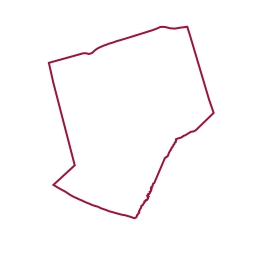 the district of Independencia, La Rioja, Argentina, rotated 251°
{"feature_id": "61730980B36977394728144", "entity_name": "Independencia", "entity_type": "district", "adm_level": 2, "iso_a3": "ARG", "parent_name": "Argentina", "parent_adm1": "La Rioja", "projection": "equal_earth", "projection_center": [-67.668, -30.094], "detail": "fine", "context": "isolated", "style": "outline", "palette": "rose", "viewbox_px": 256, "rotation_deg": 251, "n_neighbors": 0, "source": "geoboundaries", "source_scale": "gbopen_adm2", "svg_char_len": 4891}
<svg xmlns="http://www.w3.org/2000/svg" viewBox="0 0 256 256"><g transform="rotate(251 128 128)"><path d="M204.4,217.0L206.1,208.8L206.3,207.3L206.4,206.5L206.6,205.6L206.7,204.8L207.0,204.0L207.3,203.2L207.7,202.4L208.0,201.6L208.3,200.9L208.7,200.1L209.1,199.4L210.5,197.4L211.0,196.7L211.4,195.9L211.7,195.2L212.1,194.4L212.4,193.6L212.6,192.8L212.9,192.0L213.0,191.1L212.9,190.2L212.7,188.5L212.6,187.7L212.6,186.8L212.6,185.1L212.5,183.3L213.4,153.3L213.5,152.4L213.5,151.6L213.5,149.8L213.6,149.0L213.7,147.2L213.8,146.4L213.8,145.5L213.7,142.9L213.7,142.0L213.8,140.3L213.9,137.7L213.9,136.8L213.8,134.2L213.8,132.5L213.8,131.6L213.7,130.7L213.6,129.0L213.5,128.2L213.3,126.4L213.2,125.6L213.0,124.7L212.8,123.9L212.6,123.1L212.3,122.3L211.3,119.9L210.9,119.2L210.7,118.3L210.6,117.5L210.6,116.6L210.7,115.7L210.8,114.9L211.3,114.2L211.8,113.5L212.2,112.8L212.6,112.1L212.8,111.3L213.1,110.4L213.2,109.6L213.3,108.7L215.4,74.4L195.7,72.2L110.1,65.5L98.5,39.0L95.4,41.5L93.6,43.1L92.4,44.1L89.5,46.8L88.3,47.9L87.7,48.4L87.1,48.9L85.2,50.3L84.0,51.2L82.8,52.2L82.2,52.8L81.6,53.3L81.0,53.9L80.4,54.4L78.8,56.2L76.5,58.5L76.0,59.1L74.4,60.9L73.8,61.5L72.1,63.2L71.6,63.8L71.0,64.4L70.0,65.6L69.5,66.3L68.9,66.9L67.8,68.0L67.3,68.6L66.8,69.2L66.2,69.9L64.8,71.8L64.3,72.5L63.9,73.2L63.4,73.9L62.8,74.5L61.7,75.6L61.1,76.1L60.6,76.7L58.1,80.0L57.6,80.6L57.1,81.2L56.0,82.4L55.4,83.1L55.0,83.7L53.6,85.8L53.1,86.5L48.9,92.6L48.5,93.2L48.0,94.0L47.2,95.4L46.8,96.2L46.4,96.9L46.0,97.6L45.5,98.2L44.5,99.6L43.6,100.9L41.1,104.1L40.8,104.5L40.6,104.8L40.7,105.0L40.7,105.3L40.7,105.6L40.7,106.0L40.7,106.3L40.9,106.6L41.1,107.0L41.5,107.4L41.6,107.5L41.8,107.7L42.0,107.8L42.5,108.0L42.5,108.4L42.8,108.6L42.9,108.9L43.1,109.1L43.2,109.3L43.4,109.5L43.6,109.7L43.7,109.8L43.9,110.0L44.0,110.1L44.1,110.3L44.1,110.5L44.1,110.9L44.6,111.1L44.9,111.2L45.1,111.3L45.3,111.3L45.4,111.2L45.6,111.2L45.8,111.4L45.8,111.7L45.9,111.8L46.1,112.0L46.3,112.2L46.6,112.4L46.9,112.6L47.4,113.0L47.6,113.4L47.7,113.6L47.9,113.9L48.1,114.1L48.3,114.3L48.5,114.4L48.7,114.5L48.9,114.7L49.1,114.9L49.3,115.0L49.8,115.1L50.0,115.2L50.1,115.5L50.0,115.9L50.1,116.2L50.2,116.4L50.4,116.9L50.5,116.9L50.6,117.1L50.8,117.3L51.1,117.6L51.4,118.1L51.5,118.3L51.6,118.5L51.9,118.9L52.2,119.0L52.4,119.1L52.6,119.2L52.6,119.4L53.1,119.5L53.3,119.7L53.3,119.8L53.2,119.9L53.0,120.0L53.0,120.4L53.0,120.6L53.5,120.9L53.9,121.2L54.0,121.3L54.1,121.6L54.0,121.8L53.9,122.0L53.7,122.4L53.8,122.6L54.0,122.8L54.2,123.0L54.3,123.1L54.5,123.2L54.6,123.4L54.6,123.6L54.8,123.7L54.8,124.0L55.0,124.2L55.3,124.3L55.5,124.3L55.8,124.4L55.8,124.5L56.0,124.7L56.0,124.8L56.2,125.0L56.4,125.1L56.5,125.3L56.8,125.2L57.0,124.9L56.9,124.8L56.9,124.6L56.8,124.4L56.7,124.1L56.8,124.0L57.1,124.1L57.3,124.1L57.8,124.2L57.9,124.3L58.0,124.3L58.2,124.7L58.3,124.8L58.4,125.0L58.6,125.1L58.8,125.2L58.9,125.5L58.8,125.8L58.6,126.1L58.6,126.3L58.8,126.4L59.1,126.4L59.1,126.6L59.1,127.0L59.2,127.3L59.3,127.4L59.4,127.5L59.6,127.6L59.7,127.8L59.8,127.9L60.1,127.9L60.2,128.1L60.3,128.4L60.5,128.5L60.7,128.4L60.8,128.3L60.9,128.6L60.9,128.8L61.0,129.1L61.0,129.3L61.2,129.5L61.6,129.6L61.8,129.8L62.0,129.8L62.3,129.8L62.4,129.7L62.5,129.7L63.0,129.8L63.0,130.0L62.8,130.3L63.2,130.6L63.3,130.9L63.6,131.0L63.9,130.9L64.1,130.6L64.3,130.5L64.7,131.0L64.8,131.2L64.9,131.6L64.9,132.0L65.1,132.2L65.3,132.5L65.6,132.7L65.8,132.8L66.3,132.9L66.6,133.1L66.9,133.3L67.2,133.7L67.3,134.4L67.4,134.9L87.2,152.8L87.3,152.8L87.4,153.0L87.5,153.2L87.6,153.4L87.7,153.5L87.8,153.8L88.0,154.3L87.9,154.7L88.0,154.8L88.1,155.4L88.3,155.7L88.4,155.9L88.4,156.1L88.6,156.5L88.9,156.6L89.0,156.8L89.2,157.2L89.4,157.3L89.5,157.3L89.7,157.5L90.0,157.7L90.1,157.8L90.4,158.0L90.6,158.1L90.8,158.3L91.3,158.7L91.4,158.9L91.5,159.0L91.8,159.3L91.9,159.5L92.2,159.8L92.3,159.9L92.5,160.1L92.9,160.5L93.0,160.9L93.1,161.1L93.6,161.4L93.7,161.6L93.9,161.8L94.2,162.0L94.4,162.2L94.5,162.4L94.7,162.5L94.8,162.7L95.1,162.8L95.3,163.1L95.3,163.3L95.3,163.5L95.5,163.8L95.6,164.0L95.8,164.2L95.9,164.3L96.1,164.4L96.3,164.5L96.5,165.0L96.9,165.2L97.0,165.3L97.2,165.5L97.3,165.6L97.4,165.9L97.6,166.2L97.7,166.4L97.8,166.7L97.9,166.9L98.2,167.0L98.4,167.1L98.7,167.2L99.1,167.8L99.3,168.2L99.4,168.4L99.4,168.7L99.6,168.7L99.7,168.9L100.2,169.1L100.4,169.3L100.5,169.3L100.8,169.5L101.1,169.6L101.4,169.6L101.7,169.6L101.8,169.7L101.8,172.9L101.7,173.1L101.7,173.4L101.7,173.7L101.7,174.1L101.7,174.8L101.7,175.1L101.7,175.4L101.8,175.6L101.8,175.9L101.8,176.1L102.0,176.3L102.0,176.5L102.1,176.8L102.2,177.1L102.2,177.3L102.3,177.4L102.3,177.6L102.4,177.9L102.5,178.2L102.5,178.3L102.6,178.5L102.5,179.0L102.4,179.4L103.9,186.1L104.0,186.3L103.9,186.5L103.7,187.0L103.7,187.3L103.6,187.8L103.5,188.6L103.5,189.0L103.5,189.4L103.6,190.5L103.7,191.0L103.9,191.6L114.4,213.9L128.6,213.9L196.4,216.8L204.4,217.0Z" fill="none" stroke="#9f1239" stroke-width="2"/></g></svg>